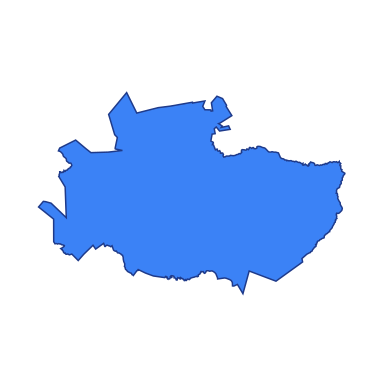 the district of Tepehuanes, Durango, Mexico, rotated 171°
{"feature_id": "50627088B84859418801228", "entity_name": "Tepehuanes", "entity_type": "district", "adm_level": 2, "iso_a3": "MEX", "parent_name": "Mexico", "parent_adm1": "Durango", "projection": "mercator", "projection_center": [-106.004, 25.424], "detail": "fine", "context": "isolated", "style": "filled", "palette": "blue", "viewbox_px": 384, "rotation_deg": 171, "n_neighbors": 0, "source": "geoboundaries", "source_scale": "gbopen_adm2", "svg_char_len": 5990}
<svg xmlns="http://www.w3.org/2000/svg" viewBox="0 0 384 384"><g transform="rotate(171 192 192)"><path d="M47.2,155.5L47.5,156.9L47.3,158.1L48.2,160.1L49.1,162.9L48.5,164.7L49.0,165.8L48.6,167.1L48.8,167.7L49.8,168.3L49.1,169.1L49.2,170.5L48.4,172.1L47.6,172.7L45.6,173.4L45.4,174.4L44.9,174.9L44.7,175.9L43.5,176.7L43.1,177.5L43.2,179.2L41.7,180.2L41.4,182.4L40.7,183.0L40.0,184.5L38.4,185.8L38.1,186.6L40.9,189.1L40.7,190.0L40.4,190.6L41.3,191.3L41.4,191.8L41.2,193.8L40.9,194.4L41.6,194.8L41.8,195.6L40.6,196.9L41.9,198.3L41.8,199.1L43.1,198.2L43.6,198.3L44.4,199.3L45.5,199.1L46.3,199.5L47.4,199.7L48.2,199.6L48.6,199.2L49.1,199.2L50.9,200.2L51.4,200.1L52.4,199.4L52.9,199.5L54.4,198.5L55.0,199.2L56.0,199.3L56.6,198.4L58.1,198.8L59.7,198.2L60.7,198.6L61.9,198.2L64.2,199.3L65.2,198.9L66.2,199.0L66.5,199.7L66.5,200.6L66.7,201.1L68.0,202.1L69.2,202.4L70.0,203.1L71.2,202.1L71.4,201.6L72.2,201.5L72.4,201.0L72.3,200.0L72.9,199.5L73.6,199.6L74.0,199.9L74.1,200.6L75.2,201.0L75.8,201.9L76.5,201.3L78.0,201.1L78.4,201.4L78.0,202.3L77.9,203.0L78.6,202.7L79.1,202.7L81.0,204.5L81.6,204.4L82.7,204.8L84.4,206.1L84.8,206.1L85.8,205.7L86.6,206.3L88.0,206.6L89.3,207.5L91.5,207.6L92.7,208.3L93.4,208.0L94.0,208.9L95.5,209.2L96.2,210.3L98.3,211.1L99.3,212.3L100.5,217.1L103.1,218.3L104.7,218.5L106.7,219.3L107.8,219.1L109.2,219.3L110.2,219.8L112.5,223.2L113.3,224.1L115.5,225.0L117.5,226.3L119.7,226.8L120.7,226.6L121.2,225.1L122.4,224.8L123.9,225.1L124.3,226.2L125.0,226.3L126.2,225.7L127.1,226.6L127.9,227.0L128.3,226.9L128.3,226.7L129.1,225.5L129.8,225.0L130.4,225.7L131.2,225.9L131.7,225.1L132.9,225.0L133.7,225.5L135.8,226.0L136.5,225.6L136.9,224.5L136.6,223.6L138.2,222.2L139.5,222.6L140.4,222.0L142.4,221.9L143.4,221.4L145.6,221.4L148.4,222.2L148.9,221.8L149.7,221.7L152.5,222.1L154.0,221.5L155.2,221.6L155.2,222.2L155.7,222.7L155.5,223.5L155.1,224.0L155.5,225.5L156.2,225.9L156.8,225.6L157.8,225.9L157.6,226.7L158.2,228.5L159.2,228.2L160.2,228.6L160.4,229.6L160.6,229.8L160.3,230.3L160.5,230.5L162.3,230.0L162.5,231.2L162.8,231.5L162.7,232.4L163.1,233.4L163.3,234.9L163.9,235.6L164.4,235.6L164.1,236.3L163.2,237.0L163.3,237.8L165.4,239.4L163.1,246.0L160.0,246.0L160.1,251.0L157.9,252.4L155.2,247.9L144.5,247.9L145.5,251.6L153.0,251.2L151.8,252.4L155.0,255.4L153.8,255.6L140.7,261.2L144.9,271.1L144.3,272.2L147.2,279.5L152.4,282.7L158.9,277.1L158.9,268.9L160.5,268.9L160.7,270.2L166.4,271.2L168.0,274.9L165.0,279.9L177.5,279.8L177.5,280.6L199.9,280.2L212.2,280.6L234.2,278.6L241.0,300.4L262.2,281.7L259.4,260.7L257.2,257.5L261.1,247.2L261.0,246.5L254.2,243.9L268.5,244.5L285.7,246.7L289.5,250.8L298.8,261.5L315.8,256.1L317.5,253.5L315.8,252.6L314.7,251.3L313.6,249.4L313.6,248.3L313.3,247.2L311.3,245.0L311.0,244.2L311.1,242.7L310.9,242.0L310.1,241.2L308.9,239.7L307.6,239.6L307.0,239.3L306.5,237.2L307.3,236.1L308.1,235.8L308.1,235.3L308.4,235.0L309.4,234.8L311.0,234.0L311.7,233.2L313.2,233.1L314.0,232.2L314.4,232.2L315.0,233.2L315.3,232.4L315.8,232.0L315.9,232.3L316.6,231.6L317.2,231.9L317.6,231.6L318.3,231.8L318.9,232.6L319.5,232.7L319.7,231.3L320.5,230.0L320.6,228.7L321.2,228.3L316.5,216.8L320.2,186.3L332.9,203.0L338.2,205.4L340.3,206.0L345.9,201.2L332.9,186.9L336.4,164.4L335.9,163.6L335.5,162.3L333.6,162.2L332.8,161.6L332.0,161.9L331.0,161.6L330.5,161.2L329.9,161.3L329.0,160.3L327.8,160.0L327.2,159.4L326.5,159.2L326.4,158.9L326.9,158.2L329.3,157.0L330.5,156.7L329.7,155.6L329.1,155.4L329.1,154.5L328.3,153.6L328.3,152.4L327.5,151.5L326.7,151.4L326.7,150.9L326.3,150.3L325.5,150.1L324.4,150.2L323.0,149.1L320.4,149.5L315.1,142.1L308.7,147.4L298.1,154.9L296.1,150.7L287.3,155.1L286.7,152.0L286.5,151.8L286.0,151.8L285.3,152.5L284.2,152.8L282.3,151.7L282.0,151.7L280.7,150.6L279.4,151.4L278.6,147.0L278.3,146.5L277.0,145.5L275.9,145.5L275.1,143.6L273.4,143.1L271.6,141.5L271.5,141.0L270.5,140.4L270.2,138.0L270.4,136.6L270.3,134.0L269.7,131.8L269.9,130.2L270.4,129.0L269.7,127.7L269.9,126.9L269.7,125.9L269.0,125.3L268.1,123.6L265.3,121.5L264.6,121.2L264.2,119.8L263.4,119.3L263.0,118.7L258.7,122.9L257.2,123.0L257.8,124.2L250.6,119.2L243.3,115.1L232.3,111.7L231.8,112.1L231.5,112.7L231.0,112.8L230.8,112.6L230.6,111.7L230.0,111.9L229.7,111.7L229.9,110.6L229.8,110.1L229.5,109.8L229.4,110.1L228.1,109.7L227.6,109.8L226.7,110.9L225.5,110.7L225.2,111.0L225.7,111.8L226.7,111.4L226.8,111.6L225.7,112.6L224.6,112.4L223.2,111.7L222.9,110.7L223.2,110.1L222.2,109.7L221.3,108.7L221.5,107.9L221.3,107.6L220.7,107.4L220.3,107.5L220.2,107.9L220.6,108.5L219.9,108.9L219.5,109.5L219.3,109.2L218.7,109.3L217.7,108.2L217.2,108.0L217.2,108.7L217.0,109.0L217.3,109.2L216.8,109.5L216.4,109.2L215.9,108.2L214.7,107.9L214.4,107.0L213.8,106.8L213.5,106.3L213.6,105.8L213.2,105.6L212.6,105.7L212.6,106.2L212.2,106.4L212.1,105.7L211.3,105.5L210.3,106.7L209.2,106.4L208.5,105.9L207.9,106.1L207.2,107.0L205.4,107.4L202.8,107.6L202.0,107.9L201.0,107.8L200.5,108.0L200.0,107.5L199.1,107.7L198.8,108.1L198.9,108.6L198.7,109.2L197.0,109.8L196.4,110.7L195.9,111.0L196.0,111.4L195.5,112.1L194.1,111.6L193.4,111.7L193.2,111.3L193.3,111.1L192.8,110.1L192.2,109.7L191.4,110.1L190.2,111.7L189.7,111.9L188.3,111.7L187.0,111.0L184.7,111.0L183.6,110.3L182.1,108.9L181.2,107.4L180.2,103.2L180.3,102.1L173.3,102.0L171.8,101.5L168.5,99.6L167.4,98.7L166.9,98.0L166.3,96.2L166.7,92.9L165.5,92.6L164.8,92.7L161.6,93.6L157.6,83.6L147.9,105.0L123.0,90.8L93.7,105.6L93.8,109.1L88.3,112.6L85.1,113.7L84.5,113.7L84.1,114.5L82.6,114.9L81.9,116.2L80.7,117.1L79.6,118.4L78.7,118.5L77.9,119.2L77.8,119.5L78.1,120.7L77.2,120.9L77.1,121.8L76.5,122.1L75.9,123.5L75.0,123.9L73.8,124.1L73.2,124.9L71.9,125.1L71.3,125.6L68.7,126.1L68.1,128.0L67.7,128.5L66.6,129.0L66.0,129.7L65.3,129.7L63.0,131.2L62.2,131.3L62.0,132.4L59.1,134.8L58.7,135.8L56.6,138.3L56.4,139.1L55.3,139.7L54.9,141.3L54.6,141.3L54.4,141.6L54.5,142.3L53.0,143.2L53.3,143.9L52.8,145.6L53.1,146.7L52.7,148.1L52.2,148.5L51.6,148.0L50.7,148.0L49.7,148.3L47.0,150.3L46.6,151.0L46.1,152.4L46.4,153.7L47.2,155.5Z" fill="#3b82f6" stroke="#1e3a8a" stroke-width="1.5"/></g></svg>